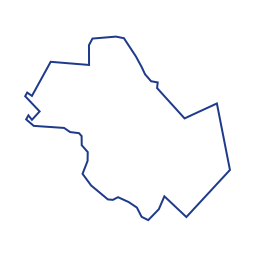 the district of Karaulbazar, Bukhoro, Uzbekistan, rotated 275°
{"feature_id": "79887680B6404412845327", "entity_name": "Karaulbazar", "entity_type": "district", "adm_level": 2, "iso_a3": "UZB", "parent_name": "Uzbekistan", "parent_adm1": "Bukhoro", "projection": "robinson", "projection_center": [64.77, 39.381], "detail": "fine", "context": "isolated", "style": "outline", "palette": "blue", "viewbox_px": 256, "rotation_deg": 275, "n_neighbors": 0, "source": "geoboundaries", "source_scale": "gbopen_adm2", "svg_char_len": 646}
<svg xmlns="http://www.w3.org/2000/svg" viewBox="0 0 256 256"><g transform="rotate(275 128 128)"><path d="M38.0,156.2L49.8,165.8L63.1,170.2L44.4,193.9L95.1,233.2L160.2,214.4L142.5,183.5L170.3,153.5L176.0,153.6L176.6,146.9L183.0,140.3L189.9,136.3L199.9,129.7L217.1,116.1L218.0,108.1L214.0,84.8L207.1,81.9L187.4,83.7L187.2,45.2L151.6,29.5L154.5,24.5L150.7,22.8L136.8,38.5L127.8,31.6L131.9,27.7L127.7,25.8L121.9,33.9L122.5,64.3L118.9,70.7L118.6,79.6L115.9,82.5L106.8,83.4L100.5,90.0L91.7,90.6L78.4,86.7L67.5,96.3L55.1,114.2L55.1,119.2L58.2,124.1L54.3,135.1L49.5,143.8L40.7,149.3L38.0,156.2Z" fill="none" stroke="#1e3a8a" stroke-width="2"/></g></svg>